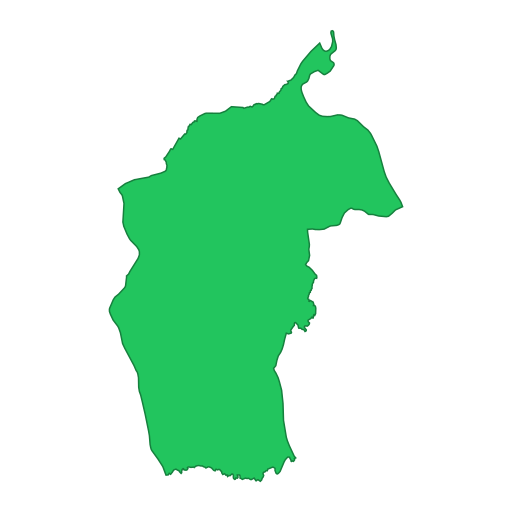 outline of Thawat Buri, Roi Et, Thailand
{"feature_id": "78962969B6809780389556", "entity_name": "Thawat Buri", "entity_type": "district", "adm_level": 2, "iso_a3": "THA", "parent_name": "Thailand", "parent_adm1": "Roi Et", "projection": "equal_earth", "projection_center": [103.792, 16.038], "detail": "fine", "context": "isolated", "style": "filled", "palette": "green", "viewbox_px": 512, "rotation_deg": 0, "n_neighbors": 0, "source": "geoboundaries", "source_scale": "gbopen_adm2", "svg_char_len": 6049}
<svg xmlns="http://www.w3.org/2000/svg" viewBox="0 0 512 512"><path d="M295.7,457.9L294.2,456.2L289.4,445.9L287.4,440.9L286.3,437.2L283.5,420.3L283.0,403.5L281.6,390.2L279.3,381.5L278.1,377.7L275.9,373.1L274.3,370.6L273.6,368.3L275.8,365.7L276.9,360.3L278.3,355.9L280.6,352.4L282.1,349.1L283.4,344.9L284.7,339.0L286.3,333.2L288.6,333.9L291.2,333.1L291.5,332.3L290.8,331.0L290.9,329.9L293.4,326.3L294.3,325.4L294.4,323.3L294.7,322.7L295.2,322.5L295.7,322.7L298.0,325.1L298.5,327.5L298.8,328.2L300.8,328.2L302.1,329.4L303.3,329.5L304.1,330.0L305.0,331.5L305.7,331.2L306.2,330.7L306.3,329.9L304.6,327.7L304.4,327.2L304.5,326.4L305.2,325.9L307.4,326.1L308.7,324.9L309.3,324.0L309.5,323.0L308.2,321.6L308.0,320.7L308.2,320.1L310.9,318.5L311.7,317.2L312.1,317.2L312.9,318.1L313.2,318.0L313.6,315.4L313.9,314.6L314.3,314.6L314.8,315.3L315.6,313.7L315.8,308.2L315.4,306.3L314.6,305.5L313.5,305.5L313.8,304.5L313.3,302.6L312.7,301.6L311.9,301.6L311.0,300.8L310.3,300.5L309.5,301.4L309.0,301.3L308.9,299.4L308.0,299.0L307.7,298.2L308.5,296.4L308.4,295.4L308.9,294.8L309.3,293.7L309.4,292.7L310.3,292.3L310.4,290.7L311.2,290.3L311.3,289.4L312.0,288.5L312.0,286.4L312.3,285.3L312.2,284.6L312.8,283.1L313.4,282.6L313.6,280.7L314.5,278.7L315.8,278.1L316.6,278.3L316.9,277.0L316.6,276.4L316.6,275.4L315.0,274.0L312.3,270.3L309.2,267.3L306.7,266.0L305.6,264.4L307.1,262.1L308.5,260.7L309.6,255.4L308.8,249.3L309.3,246.5L309.4,244.5L307.6,232.1L307.5,229.3L312.5,229.0L315.3,229.5L319.5,229.6L324.2,229.1L329.5,226.3L330.8,225.9L336.6,225.4L338.7,224.7L339.8,223.9L340.3,222.8L342.1,217.5L344.4,213.0L348.0,209.7L350.7,208.2L351.8,208.2L353.3,209.1L354.8,209.5L359.0,209.5L361.8,209.9L364.6,211.2L368.5,214.4L373.1,214.5L378.7,216.0L386.3,216.7L388.4,216.3L389.1,215.8L392.2,213.2L395.5,209.9L402.6,206.7L401.0,202.4L399.7,200.0L396.1,194.5L389.1,182.9L386.1,177.0L384.2,171.6L378.8,151.8L376.9,146.2L371.6,135.4L370.5,133.4L367.9,130.1L363.5,126.7L357.4,120.7L354.6,119.1L348.5,117.9L342.2,115.3L340.6,115.0L337.5,114.9L330.6,116.5L327.2,116.6L322.5,116.3L319.2,115.2L315.6,112.5L308.6,106.0L306.1,102.1L303.6,96.7L301.9,92.3L301.3,90.0L301.1,87.9L301.3,86.5L301.8,85.3L302.9,84.0L306.6,82.0L307.6,81.0L308.8,78.6L309.7,75.2L310.4,74.0L314.4,71.6L318.1,70.3L323.4,74.3L324.2,74.6L325.1,74.4L327.1,73.3L330.2,71.1L333.9,65.5L334.1,64.1L333.6,62.8L330.5,60.6L330.1,59.7L329.8,58.4L329.9,56.2L330.4,54.8L331.1,53.9L335.1,50.7L336.0,49.5L336.3,48.0L336.0,44.7L334.6,39.6L333.9,36.0L333.6,32.0L333.2,31.2L332.3,30.7L331.2,31.1L330.9,32.6L331.0,33.6L332.6,38.9L332.7,41.6L331.5,46.6L329.8,49.3L328.5,50.4L327.2,51.0L325.9,51.3L324.4,50.9L323.0,49.8L321.9,48.3L319.7,43.1L311.0,51.4L302.7,61.2L300.9,63.8L297.4,70.8L296.4,73.7L295.1,74.8L293.6,77.5L290.7,80.3L289.0,80.7L288.5,81.3L287.6,81.3L288.2,82.2L288.2,83.4L287.9,83.7L286.0,84.5L284.9,84.6L282.9,86.3L282.3,87.9L281.1,88.8L280.9,90.2L279.2,92.2L279.0,93.3L277.3,93.2L277.1,94.2L276.3,95.0L276.2,95.7L275.1,96.3L274.4,98.4L273.9,98.9L272.4,99.2L271.9,98.7L271.5,98.9L269.8,101.5L264.3,104.7L263.1,104.8L262.5,104.3L259.3,103.6L258.2,103.5L257.3,103.9L256.8,103.6L255.8,103.9L255.5,104.4L255.0,104.3L253.9,104.8L253.0,106.2L252.0,107.0L250.2,106.3L248.7,107.2L247.5,107.1L243.8,108.3L243.0,107.5L231.4,106.7L225.5,111.2L219.8,113.3L206.3,113.2L204.9,113.5L200.0,115.9L197.7,117.5L197.0,119.3L196.9,121.3L194.9,120.8L194.3,121.2L194.3,121.8L192.9,122.4L191.1,124.7L190.1,124.3L188.9,126.4L188.4,126.5L188.0,128.3L188.0,129.8L187.2,130.2L186.9,131.2L187.0,132.2L186.9,132.6L185.6,134.2L184.7,134.0L180.5,139.0L179.0,138.2L172.7,149.4L171.2,148.8L170.7,149.0L169.5,151.3L165.8,156.9L164.1,158.3L164.2,159.5L164.7,159.5L166.2,161.9L166.4,163.8L167.0,165.5L166.8,167.0L166.9,167.5L166.6,168.2L166.4,169.6L166.1,170.4L165.1,171.3L161.0,173.1L151.3,175.6L148.9,177.1L134.5,179.7L125.4,183.6L118.2,188.8L120.0,192.4L121.9,194.8L122.4,195.9L124.0,203.5L122.9,222.1L123.8,226.3L127.0,234.0L129.5,238.7L130.8,240.5L136.7,246.5L138.8,249.8L139.4,251.7L139.4,254.9L138.1,258.4L129.9,271.5L128.6,274.1L126.5,276.0L126.6,276.9L125.6,285.5L125.3,286.6L124.4,288.0L118.6,294.2L115.0,297.1L113.3,299.7L109.6,308.3L109.4,309.5L109.5,311.6L110.4,314.2L113.1,320.0L117.8,326.2L118.7,327.9L120.4,332.7L122.6,343.6L124.7,348.1L134.0,365.5L136.2,370.6L137.1,371.8L137.8,373.8L138.5,377.7L138.7,387.3L139.4,391.5L140.7,395.1L142.3,401.7L145.2,414.3L148.6,431.0L149.4,435.6L150.1,444.4L150.7,447.5L151.2,449.3L152.1,450.9L157.9,458.9L162.4,465.9L163.1,467.3L166.0,475.1L168.2,474.9L169.2,473.3L170.6,474.3L172.4,472.1L173.6,470.1L175.5,469.2L176.4,469.3L176.9,469.8L179.1,470.8L179.4,471.6L181.1,473.4L181.7,472.7L181.6,471.2L182.0,470.3L182.1,469.5L183.1,468.6L183.5,468.7L183.8,469.7L184.3,469.7L184.8,470.1L186.4,470.1L187.1,469.8L187.9,468.6L187.4,467.7L188.2,467.0L189.3,467.0L190.8,467.4L193.7,467.1L194.2,467.5L194.6,467.0L195.8,466.4L196.1,465.9L198.8,465.5L201.1,466.0L202.4,465.9L203.4,466.7L204.9,467.1L205.9,468.0L208.1,466.9L209.0,466.8L211.5,467.9L213.6,470.2L214.5,470.7L215.4,470.7L215.7,469.4L216.1,469.2L217.7,469.9L218.5,469.4L219.7,469.5L220.7,470.9L221.6,471.4L221.7,472.8L222.8,474.5L224.6,473.7L225.9,475.2L227.0,474.9L227.6,476.5L228.9,475.5L230.0,475.7L231.9,474.0L232.7,474.1L233.1,474.7L233.4,475.7L233.3,477.1L233.6,478.5L234.8,479.4L235.4,479.1L235.9,477.9L237.3,478.2L237.9,477.6L238.0,476.8L237.4,475.8L237.3,475.0L239.3,475.0L239.7,475.1L240.0,475.9L240.1,478.2L241.0,478.4L242.3,479.4L245.4,478.1L247.0,478.5L248.7,478.3L250.4,479.5L251.3,479.6L254.1,478.1L254.7,479.1L255.3,479.4L255.6,480.6L256.3,480.8L257.5,479.8L258.1,479.7L260.3,481.3L261.7,479.9L262.1,478.4L263.2,476.9L263.7,475.4L263.0,473.8L263.3,472.6L263.9,472.1L264.8,472.0L266.0,470.7L267.3,470.7L267.8,469.1L272.7,467.1L273.5,467.3L275.1,468.4L275.0,470.4L276.0,473.1L276.7,473.8L277.6,473.9L278.8,472.9L280.1,471.4L284.1,461.9L285.3,459.7L287.4,457.4L288.0,457.0L289.4,457.2L291.0,460.3L291.2,461.4L291.4,461.5L292.4,460.9L293.3,461.4L293.8,461.0L294.6,459.8L294.3,458.6L295.7,457.9Z" fill="#22c55e" stroke="#15803d" stroke-width="1.5"/></svg>